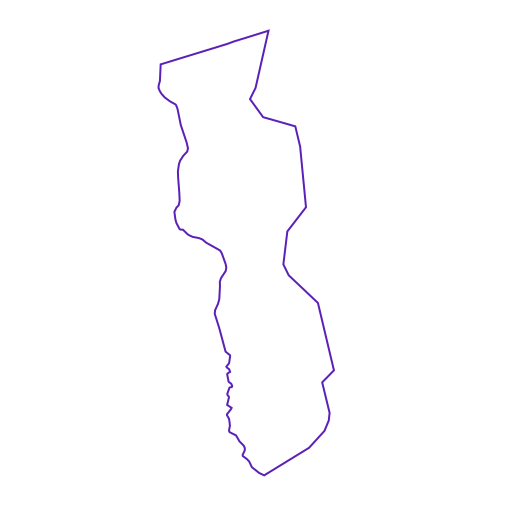 the district of Grand Isle, Vermont, United States of America, rotated 344°
{"feature_id": "52423323B86601759690165", "entity_name": "Grand Isle", "entity_type": "district", "adm_level": 2, "iso_a3": "USA", "parent_name": "United States of America", "parent_adm1": "Vermont", "projection": "natural_earth1", "projection_center": [-73.344, 44.789], "detail": "fine", "context": "isolated", "style": "outline", "palette": "violet", "viewbox_px": 512, "rotation_deg": 344, "n_neighbors": 0, "source": "geoboundaries", "source_scale": "gbopen_adm2", "svg_char_len": 1555}
<svg xmlns="http://www.w3.org/2000/svg" viewBox="0 0 512 512"><g transform="rotate(344 256 256)"><path d="M203.4,469.1L254.1,455.0L273.6,443.0L280.6,434.2L283.5,427.1L284.8,395.7L299.4,387.4L302.6,318.2L282.1,283.5L280.0,271.6L292.9,241.0L317.5,222.9L328.6,162.9L329.5,142.2L301.1,124.5L293.5,103.5L301.9,94.3L330.1,42.9L293.4,43.7L287.2,44.2L217.2,45.5L211.9,61.2L209.5,65.1L208.6,67.7L209.0,70.9L209.9,74.1L211.9,78.3L216.0,83.7L220.4,88.1L220.8,89.1L221.1,93.1L219.8,109.4L220.6,127.6L220.3,133.7L218.7,136.6L217.4,137.4L213.6,139.7L209.3,143.5L207.4,146.2L206.0,149.2L204.3,153.0L202.9,158.5L199.7,174.1L197.8,182.0L195.6,186.0L192.8,187.6L189.7,191.1L188.6,198.9L188.6,202.5L190.0,209.1L190.6,209.7L193.1,210.7L196.1,216.0L197.3,217.5L200.3,220.1L206.0,223.0L208.3,224.7L209.4,225.8L211.9,229.6L222.9,240.7L223.7,243.0L224.0,245.9L224.6,255.7L224.2,259.1L222.7,262.1L216.3,267.6L214.2,270.7L213.0,275.2L208.8,287.4L206.3,291.5L201.7,296.9L200.4,300.2L200.8,315.5L200.4,339.5L203.6,344.2L203.6,345.0L200.6,351.6L197.0,354.2L197.3,355.2L199.0,357.5L199.2,360.2L196.3,361.1L195.7,361.6L195.0,369.4L197.0,372.0L197.3,374.4L196.6,375.3L194.8,375.1L194.0,375.5L190.3,380.8L190.4,382.3L191.1,383.5L191.1,384.4L187.2,391.2L190.7,395.3L189.8,396.3L184.5,400.1L184.2,400.9L185.2,405.1L184.7,409.0L184.1,412.1L182.1,416.0L181.9,417.2L182.2,418.2L187.4,423.0L189.0,429.6L191.9,434.9L192.3,437.2L192.0,438.9L191.1,440.4L188.3,443.5L188.2,444.7L191.2,448.6L192.8,451.6L193.8,457.8L199.1,465.3L203.4,469.1Z" fill="none" stroke="#5b21b6" stroke-width="2"/></g></svg>